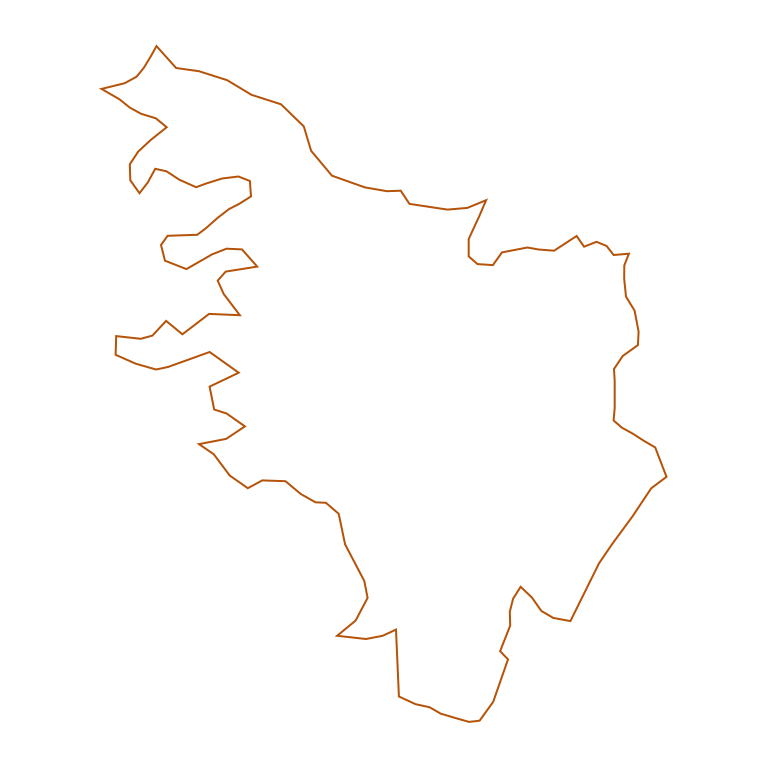 outline of Braga, Rio Grande do Sul, Brazil
{"feature_id": "56859067B42324023180319", "entity_name": "Braga", "entity_type": "district", "adm_level": 2, "iso_a3": "BRA", "parent_name": "Brazil", "parent_adm1": "Rio Grande do Sul", "projection": "albers", "projection_center": [-53.757, -27.581], "detail": "fine", "context": "isolated", "style": "outline", "palette": "amber", "viewbox_px": 768, "rotation_deg": 0, "n_neighbors": 0, "source": "geoboundaries", "source_scale": "gbopen_adm2", "svg_char_len": 1928}
<svg xmlns="http://www.w3.org/2000/svg" viewBox="0 0 768 768"><path d="M156.0,369.5L167.9,367.0L209.6,352.0L238.7,372.7L209.6,386.6L214.2,409.5L226.6,413.5L244.9,426.4L226.1,438.9L199.0,444.1L213.8,454.3L229.7,475.5L247.8,488.2L262.3,480.4L285.5,481.2L300.9,494.1L315.5,502.3L325.9,502.8L338.7,513.8L345.1,544.4L364.3,581.0L367.6,597.9L355.6,620.6L337.1,635.8L366.0,639.0L382.6,635.8L396.0,629.6L398.9,696.5L415.6,704.2L429.5,707.2L440.8,713.7L456.0,718.2L469.0,721.9L479.6,720.7L493.2,701.8L508.0,659.4L500.1,651.2L510.2,625.6L509.8,611.7L513.1,598.7L520.6,586.8L531.9,597.5L541.3,610.9L553.2,617.9L570.4,621.1L599.1,563.2L612.2,544.0L632.5,516.4L641.8,502.4L651.2,488.3L666.5,476.8L655.2,447.4L644.0,440.9L632.5,433.5L621.9,427.7L613.6,420.5L614.7,407.8L614.7,396.1L614.7,381.4L614.0,369.0L622.7,356.0L637.9,345.1L638.6,331.7L634.6,310.7L626.0,296.6L624.2,278.9L624.3,265.4L628.9,253.7L613.7,255.0L606.6,246.0L596.5,241.8L584.1,246.7L576.6,236.0L554.1,250.7L538.6,249.5L527.4,247.5L502.0,252.4L492.9,265.1L477.5,264.1L468.7,256.4L468.7,239.0L479.3,216.1L486.1,200.2L467.3,207.9L447.5,209.6L409.5,203.9L400.7,190.7L387.0,191.2L364.9,187.4L332.0,175.7L323.0,165.0L311.1,150.8L303.8,126.4L281.0,104.3L251.4,94.8L227.2,80.2L198.9,71.2L176.1,68.0L156.5,46.1L150.7,56.5L143.9,67.7L136.6,76.7L124.7,83.2L101.5,88.9L119.6,99.4L129.8,107.6L141.1,113.8L155.8,118.3L166.7,127.2L150.8,139.9L138.2,151.6L129.8,164.3L130.3,180.3L139.5,193.2L147.9,182.3L155.2,168.8L166.5,171.3L179.5,179.8L196.1,187.2L206.2,183.5L222.1,178.5L238.4,176.5L249.9,181.0L251.0,196.4L239.1,203.9L229.0,209.1L217.7,217.8L205.8,228.3L197.2,234.8L181.9,235.3L167.6,235.8L161.0,245.0L165.0,260.7L186.4,269.1L212.0,254.4L226.5,248.7L242.0,249.4L257.2,266.6L225.7,271.6L217.7,280.6L223.7,294.0L239.8,315.2L209.1,313.9L182.4,334.3L166.1,320.9L152.4,335.6L140.7,338.8L116.2,336.1L115.6,354.8L135.7,363.7L156.0,369.5Z" fill="none" stroke="#b45309" stroke-width="2"/></svg>